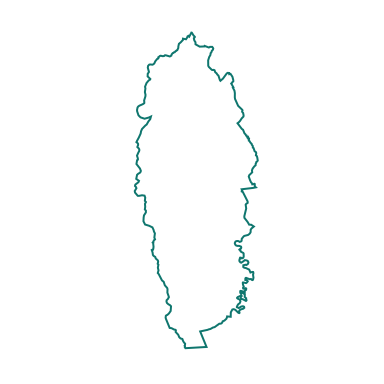 outline of I. L. Caragiale, Dâmbovita, Romania, rotated 39°
{"feature_id": "2599482B67879867779478", "entity_name": "I. L. Caragiale", "entity_type": "district", "adm_level": 2, "iso_a3": "ROU", "parent_name": "Romania", "parent_adm1": "Dâmbovita", "projection": "mercator", "projection_center": [25.703, 44.911], "detail": "fine", "context": "isolated", "style": "outline", "palette": "teal", "viewbox_px": 384, "rotation_deg": 39, "n_neighbors": 0, "source": "geoboundaries", "source_scale": "gbopen_adm2", "svg_char_len": 6007}
<svg xmlns="http://www.w3.org/2000/svg" viewBox="0 0 384 384"><g transform="rotate(39 192 192)"><path d="M285.2,317.5L300.8,303.3L286.1,295.2L290.8,289.4L291.6,288.0L292.5,286.9L293.6,284.1L294.6,282.8L296.1,277.2L297.2,276.2L297.6,275.5L297.6,274.2L297.2,273.2L298.1,271.6L298.5,268.9L298.0,267.2L297.6,266.6L300.6,264.6L297.9,261.1L297.3,257.9L298.2,256.8L299.8,256.3L304.0,256.7L304.9,256.4L305.0,256.1L304.9,255.9L303.6,255.0L303.4,253.8L304.1,252.1L305.3,250.4L305.5,249.1L304.7,248.4L304.0,248.5L303.3,248.9L302.3,250.1L301.5,252.5L301.1,252.9L299.9,253.0L299.4,253.3L299.2,253.2L298.7,251.5L298.6,249.7L299.1,248.6L298.6,246.7L297.9,246.1L296.6,245.6L294.7,246.1L293.9,246.1L293.6,245.8L293.7,244.8L295.5,241.3L296.0,241.5L295.7,242.3L295.9,242.8L296.4,243.4L297.7,244.1L298.8,243.4L302.5,242.7L302.6,242.4L302.5,241.8L301.0,240.8L300.9,240.5L299.0,240.4L297.4,238.2L296.0,238.5L294.8,238.2L293.8,240.2L292.9,239.9L291.9,238.7L291.9,238.4L292.2,238.1L294.5,237.1L294.9,237.1L295.2,237.5L296.2,237.4L296.3,237.0L295.2,235.7L295.6,234.0L295.0,233.0L294.3,232.9L293.3,234.5L292.5,234.8L291.9,234.2L291.8,233.0L289.9,231.9L288.6,230.6L288.5,230.3L288.8,230.0L291.3,228.8L291.6,227.7L291.6,226.4L291.0,226.1L289.8,226.2L288.8,226.8L287.9,225.6L287.8,225.1L288.0,224.7L291.7,223.5L292.6,222.5L294.1,222.6L294.5,222.3L294.6,221.7L293.7,219.9L291.5,217.9L290.9,216.6L290.2,215.9L289.9,215.7L289.1,216.2L288.1,217.8L285.3,216.3L281.7,217.2L280.2,218.0L279.0,218.0L278.0,216.6L279.4,214.8L280.1,214.6L280.5,213.7L280.7,212.5L280.1,211.1L278.6,210.5L277.6,210.8L275.9,211.7L275.5,213.7L274.7,216.0L273.9,216.2L272.6,216.0L271.7,215.2L270.7,212.8L271.1,212.4L271.9,212.8L272.4,211.9L273.0,211.6L273.2,210.6L272.7,209.5L270.8,207.3L270.2,207.1L267.7,207.6L267.0,207.5L266.7,207.1L265.1,207.0L265.1,206.4L265.6,205.5L265.5,204.7L265.1,204.0L264.5,203.6L262.5,204.2L261.5,205.1L260.1,205.8L258.8,205.7L257.6,205.0L257.3,204.5L257.0,203.2L257.3,202.4L258.0,201.6L259.1,200.9L260.4,200.8L261.1,199.8L261.3,199.0L261.1,198.5L260.1,197.0L260.1,193.9L260.3,193.2L262.6,190.1L263.0,188.5L263.0,187.3L262.8,186.3L261.3,184.3L261.2,182.8L261.8,179.9L258.6,180.2L257.0,181.4L254.1,180.3L249.0,179.1L247.9,177.9L244.5,170.7L241.7,168.1L241.6,167.1L242.1,165.4L241.6,164.8L241.1,164.3L231.5,160.0L230.3,160.3L230.0,159.9L230.0,159.1L228.9,158.6L236.7,150.6L238.7,148.2L237.3,148.1L235.7,146.3L235.2,146.4L234.7,147.5L234.0,148.1L233.6,147.6L231.7,147.3L229.7,146.3L226.4,144.3L225.9,142.9L226.4,138.8L225.0,137.5L224.4,135.7L224.3,132.9L224.6,131.2L223.7,130.0L223.6,129.2L223.1,128.3L223.4,127.2L223.3,126.2L221.1,124.2L219.8,123.3L218.6,123.3L217.5,121.4L216.7,120.8L215.0,120.9L212.2,119.1L211.3,119.2L210.3,118.0L208.6,117.6L208.2,117.1L206.1,116.8L204.5,116.2L203.8,116.3L202.8,114.7L202.0,115.1L201.6,114.4L201.0,114.7L200.6,113.9L200.0,114.4L198.9,113.8L198.6,114.1L197.2,113.5L195.9,113.4L192.5,111.5L190.9,111.6L184.1,109.9L184.5,108.2L184.6,106.4L184.3,103.6L184.5,101.0L183.9,100.0L182.0,98.4L180.7,98.2L180.2,97.8L179.9,96.8L179.4,96.5L173.6,96.0L166.9,92.6L165.7,91.5L163.1,88.2L161.2,86.5L158.1,85.2L158.3,84.6L154.2,83.0L154.4,82.0L154.2,81.3L154.5,80.1L153.7,79.1L150.9,77.0L147.7,76.0L146.8,77.0L146.0,76.1L144.7,77.0L144.4,78.1L144.7,84.5L144.1,87.7L143.3,87.5L139.3,84.9L137.8,84.8L136.4,84.3L134.7,84.3L132.9,83.2L132.0,83.4L131.6,84.0L130.5,84.6L126.4,84.2L125.2,83.7L121.7,79.5L120.4,76.2L120.1,74.0L119.1,72.4L119.2,71.4L118.6,69.8L118.7,68.2L118.2,67.1L117.6,66.8L116.4,66.5L114.7,67.8L114.2,69.1L109.9,70.5L110.1,71.0L106.5,74.2L101.8,75.0L100.4,73.4L98.5,72.8L96.8,71.5L96.6,71.2L96.8,70.1L96.5,69.6L94.7,69.4L91.6,68.3L91.2,68.5L92.1,73.0L90.9,72.9L90.6,74.0L91.0,74.5L91.2,77.1L88.5,78.5L89.3,79.7L89.1,81.5L89.1,82.4L88.6,85.1L89.8,87.5L90.7,88.7L91.3,91.0L90.9,91.6L91.0,92.2L90.6,92.9L90.6,94.2L90.1,94.7L90.0,95.7L89.6,96.2L89.6,98.0L90.1,99.0L89.9,99.6L89.5,100.6L85.5,102.3L84.8,103.0L84.8,103.7L83.9,104.8L81.9,105.8L81.4,106.6L81.3,107.9L81.0,108.3L81.1,108.7L81.7,109.2L81.7,109.7L81.2,110.5L81.2,113.6L81.8,115.8L81.6,117.0L81.2,117.9L79.1,119.3L78.6,120.0L78.5,121.6L79.4,123.2L83.0,125.8L83.2,128.0L84.8,130.1L88.5,130.4L88.7,131.0L88.3,131.8L88.1,133.4L88.1,136.0L89.3,139.8L90.6,140.8L92.5,144.0L94.7,145.7L95.6,147.0L97.2,151.0L98.5,152.3L99.0,153.1L98.5,154.7L96.8,158.0L96.4,159.4L96.5,160.6L97.7,162.9L98.7,163.9L102.2,166.1L105.0,166.4L109.0,164.9L111.6,161.3L112.6,159.2L113.7,161.7L113.7,164.6L114.3,168.1L113.9,169.7L113.5,174.4L114.2,176.9L115.3,178.9L116.4,183.1L117.1,186.9L117.4,187.5L117.4,188.2L119.4,188.3L120.0,188.7L120.7,189.7L121.0,191.0L121.3,191.5L123.1,191.6L124.1,192.0L124.8,192.7L125.3,193.8L125.4,194.8L126.4,198.4L128.7,199.9L129.6,200.9L129.3,201.8L131.2,205.2L136.8,206.5L139.0,207.8L139.4,208.9L139.4,209.8L138.7,211.8L138.5,213.2L140.4,216.9L143.8,216.7L144.2,218.1L143.3,221.9L143.9,223.2L145.3,223.4L146.4,224.0L146.9,227.3L148.1,228.3L152.2,229.1L153.2,228.4L155.2,226.0L157.4,224.7L159.2,225.8L160.9,228.5L162.5,228.8L162.9,230.8L165.0,233.0L166.3,235.2L167.9,235.5L169.0,236.9L169.4,240.4L170.5,242.3L172.7,245.3L176.0,246.8L180.0,245.2L183.5,244.4L186.1,245.7L187.2,246.6L189.2,247.5L191.4,251.1L193.1,252.1L192.8,253.6L193.2,254.8L193.3,256.0L194.0,255.9L194.2,256.4L196.6,258.8L197.6,260.4L198.0,261.3L197.5,261.7L197.2,262.4L199.4,263.8L201.2,265.5L202.4,265.8L204.3,265.6L205.7,266.5L208.2,266.6L208.9,266.9L209.6,267.5L210.5,269.4L211.6,269.6L213.1,272.3L215.3,274.0L216.4,276.5L217.7,276.7L224.3,279.6L226.5,279.6L229.6,281.6L233.1,282.2L234.1,282.9L236.2,285.7L240.2,288.2L240.2,288.7L240.6,289.9L240.4,292.1L241.2,293.3L242.4,294.0L244.3,294.1L246.1,293.8L247.6,294.0L250.3,297.9L250.5,300.9L250.2,303.0L249.7,303.9L249.6,304.7L250.6,306.3L251.6,307.0L260.2,311.7L261.8,310.7L264.5,310.2L265.9,309.5L266.5,309.6L267.4,311.1L271.1,311.6L273.5,312.9L275.3,313.0L276.9,312.3L277.4,312.4L278.2,313.1L280.4,314.0L282.1,314.2L282.9,315.4L283.0,316.1L283.7,316.4L284.0,317.1L285.2,317.5Z" fill="none" stroke="#0f766e" stroke-width="2"/></g></svg>